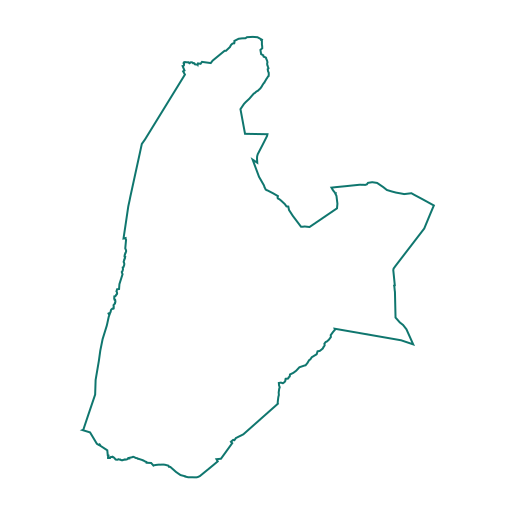 the district of Atarjea, Guanajuato, Mexico, rotated 358°
{"feature_id": "50627088B98903395743063", "entity_name": "Atarjea", "entity_type": "district", "adm_level": 2, "iso_a3": "MEX", "parent_name": "Mexico", "parent_adm1": "Guanajuato", "projection": "natural_earth1", "projection_center": [-99.815, 21.277], "detail": "fine", "context": "isolated", "style": "outline", "palette": "teal", "viewbox_px": 512, "rotation_deg": 358, "n_neighbors": 0, "source": "geoboundaries", "source_scale": "gbopen_adm2", "svg_char_len": 5756}
<svg xmlns="http://www.w3.org/2000/svg" viewBox="0 0 512 512"><g transform="rotate(358 256 256)"><path d="M76.5,423.9L84.0,426.5L90.4,438.1L92.2,439.3L92.8,439.0L93.1,438.8L93.5,439.4L93.2,439.8L100.6,445.0L100.9,450.0L101.6,450.2L101.3,451.7L101.1,451.8L101.1,452.7L103.0,452.8L103.1,452.3L104.2,451.7L105.2,452.0L105.7,451.6L106.7,452.3L107.3,452.8L108.0,453.7L108.6,454.5L110.2,454.8L111.0,454.5L111.5,454.3L112.3,454.7L113.1,454.6L113.9,455.2L114.3,455.3L114.9,455.5L115.2,455.3L115.6,455.4L116.3,455.2L116.8,455.0L117.4,454.8L117.7,454.7L117.9,454.7L118.0,455.0L119.1,454.9L120.0,454.7L120.6,454.4L120.8,454.2L121.6,453.9L122.0,453.9L121.8,453.4L122.2,453.4L122.7,453.2L123.4,453.1L124.0,453.0L124.6,452.9L125.5,452.7L125.8,452.5L126.1,452.4L126.7,452.5L128.9,453.7L130.1,453.9L130.9,454.5L131.0,454.4L135.4,456.0L136.0,456.4L136.4,456.4L136.7,456.7L137.9,457.4L138.2,457.6L138.8,457.8L139.3,458.0L139.4,458.8L142.9,459.1L144.0,459.2L144.8,460.2L145.1,460.5L146.2,461.9L146.8,461.6L149.0,461.3L150.5,461.2L151.8,461.1L152.3,461.2L156.0,461.2L157.4,461.4L157.9,461.5L161.2,462.5L161.6,463.6L163.0,463.8L168.6,469.1L172.9,472.3L177.6,473.7L177.6,474.0L180.7,474.8L189.0,475.1L190.3,474.8L192.2,474.0L206.0,463.5L210.6,459.9L209.4,457.7L213.9,457.4L225.7,442.2L224.7,441.1L224.8,440.9L224.8,440.5L225.8,439.8L225.7,439.8L226.7,439.0L227.4,439.0L228.0,439.3L229.6,437.2L237.1,433.8L272.7,404.4L272.5,404.0L272.8,401.5L273.4,397.7L274.0,395.7L273.9,393.3L274.5,389.7L275.1,388.0L274.5,386.0L274.4,383.7L276.5,383.4L278.4,384.1L280.1,383.0L281.0,381.7L281.2,379.9L281.4,379.7L283.5,379.7L284.0,379.4L284.4,378.4L285.5,377.6L285.8,375.6L289.2,374.1L292.1,372.1L295.5,368.7L300.8,367.1L301.7,367.0L303.7,364.7L305.4,362.0L306.7,361.2L308.2,359.1L313.2,356.3L314.2,353.4L316.4,353.1L318.2,351.8L319.6,350.7L320.1,349.5L320.7,349.0L321.5,347.6L321.3,346.0L322.6,344.4L323.9,343.9L325.9,342.2L328.0,339.6L327.9,337.7L330.5,334.4L332.3,332.5L332.0,331.4L398.1,345.3L410.0,349.8L403.8,334.5L400.6,330.1L397.4,327.4L393.3,322.4L393.6,296.8L393.4,294.8L393.4,294.6L393.2,291.5L393.0,290.4L393.7,290.2L392.7,274.9L393.1,273.3L394.0,272.2L394.9,271.0L425.1,234.4L431.6,220.1L435.5,211.7L424.1,204.9L421.5,203.4L416.3,200.4L413.5,198.7L406.3,199.3L403.2,198.6L398.1,197.5L393.8,196.2L389.1,194.6L385.6,191.6L379.6,187.2L376.4,186.6L374.7,186.3L370.5,186.8L369.7,187.7L369.4,188.2L367.9,188.7L367.3,188.7L362.1,188.4L354.6,188.9L347.4,189.4L339.1,189.9L333.8,190.3L334.9,192.4L335.8,193.8L336.5,194.6L337.3,196.0L337.5,196.5L337.8,196.4L337.7,196.9L338.5,198.7L339.2,206.6L338.6,211.2L335.1,213.4L310.5,228.9L305.7,228.2L303.6,228.4L302.0,228.3L294.2,217.2L290.6,211.2L290.0,207.7L288.2,207.5L286.6,205.1L283.0,201.5L281.5,200.2L279.8,199.2L279.7,198.8L279.6,198.1L279.8,197.6L280.0,196.9L275.2,193.9L269.5,190.7L268.9,190.6L268.4,190.2L268.1,190.0L267.9,189.8L267.8,189.4L267.0,187.7L266.8,187.3L266.8,187.0L266.3,185.5L261.8,177.0L256.0,159.6L260.5,162.8L260.4,158.7L260.6,156.5L261.3,154.3L266.6,144.9L271.2,136.5L271.7,134.7L249.3,133.5L245.6,108.7L249.3,103.6L251.1,101.8L254.8,98.6L257.1,96.1L258.8,94.3L259.3,93.7L260.6,93.0L261.8,91.9L262.4,91.5L263.9,90.8L264.4,90.2L265.5,89.3L266.5,88.4L266.7,87.9L267.7,86.8L267.9,86.3L268.6,85.2L269.8,83.5L270.5,83.0L270.8,82.1L271.3,81.5L272.6,79.4L273.1,78.8L274.3,77.0L274.9,76.6L275.1,75.0L275.1,73.2L274.5,71.9L274.2,69.7L275.0,69.0L274.8,68.0L274.5,67.4L274.2,66.0L273.9,65.5L273.9,64.9L273.9,63.8L274.2,62.8L273.9,61.2L273.3,59.7L273.0,59.0L273.0,58.4L272.8,58.2L272.6,57.9L272.1,57.7L270.6,57.1L270.4,56.7L270.3,55.7L269.3,55.1L268.2,54.5L267.6,50.2L269.5,48.6L269.5,46.3L269.3,45.1L269.4,41.0L268.9,40.6L269.4,40.0L265.1,37.4L260.5,36.9L254.6,37.0L253.1,38.0L249.5,38.0L246.2,38.3L241.9,40.3L241.9,42.2L241.6,42.7L240.9,42.6L239.9,43.0L239.3,43.4L238.6,44.0L237.9,45.0L237.3,46.2L233.1,49.9L231.8,49.8L219.5,59.2L217.5,61.6L211.6,60.6L208.8,60.1L207.3,62.0L204.8,61.5L204.5,62.6L204.4,62.4L204.1,62.6L203.7,62.7L202.8,62.5L202.0,62.4L201.6,62.3L201.4,62.1L201.4,61.8L201.3,61.5L201.2,61.4L201.0,61.2L200.6,61.0L199.8,61.1L199.6,60.8L199.3,60.6L199.0,60.3L198.3,60.2L197.8,60.1L197.4,60.2L197.1,60.3L196.9,60.5L196.6,60.7L196.5,61.0L196.3,61.1L196.1,61.0L195.9,60.8L195.5,60.2L195.2,60.0L194.5,60.0L194.1,60.1L193.7,60.0L193.0,59.9L192.4,59.8L191.9,59.7L191.4,59.7L191.0,59.8L190.6,60.0L190.3,60.4L190.1,60.5L189.9,60.6L189.6,60.6L190.3,60.8L190.6,61.0L190.8,60.9L190.9,61.1L190.8,61.7L190.6,63.0L190.3,63.3L189.3,63.6L191.0,68.1L189.6,68.9L191.3,72.2L149.1,135.7L145.8,140.0L143.3,149.9L132.5,192.2L131.6,196.0L130.1,201.9L127.0,218.8L124.2,233.9L126.3,233.5L126.3,234.6L126.7,235.3L125.6,243.8L126.3,245.7L126.4,246.6L125.8,248.4L125.5,248.5L124.9,250.2L125.0,250.3L124.7,251.0L124.6,251.8L125.1,252.1L124.8,252.5L124.9,253.2L125.1,253.2L125.1,253.3L124.3,255.1L124.2,254.9L124.1,255.1L124.1,255.7L123.9,256.1L123.5,257.3L123.8,257.8L124.1,259.0L124.0,260.3L123.2,262.4L122.4,262.8L122.6,264.4L122.5,265.0L122.4,265.3L122.2,265.7L122.2,266.0L122.0,266.5L121.3,267.3L121.5,268.2L122.0,269.5L118.5,279.4L118.5,279.5L118.0,284.2L116.3,284.4L116.2,284.4L116.2,284.5L115.9,284.7L115.3,286.5L115.7,287.1L115.9,288.5L115.6,289.4L115.0,289.7L115.0,290.0L114.3,291.0L114.1,291.2L113.0,291.4L112.8,293.8L113.1,294.7L113.5,294.6L113.7,294.8L113.8,295.4L113.9,296.9L113.6,297.8L113.4,297.8L113.3,298.1L113.4,298.6L113.0,299.0L112.1,299.8L111.9,300.2L112.1,302.0L111.8,302.3L111.9,303.5L111.2,303.8L110.5,303.7L109.5,304.5L109.1,305.2L108.8,306.7L108.6,306.9L108.4,307.5L108.2,307.8L106.8,308.2L106.6,308.3L107.0,309.2L107.3,309.6L107.5,309.6L106.7,311.6L105.0,318.3L104.4,320.5L99.8,333.7L97.1,345.0L95.3,355.3L91.4,374.2L90.4,388.9L82.1,410.9L77.4,423.5L76.5,423.9Z" fill="none" stroke="#0f766e" stroke-width="2"/></g></svg>